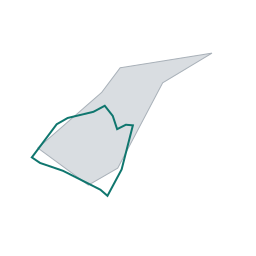 Western highlighted on a map of American Samoa, rotated 345°
{"feature_id": "ASM-5002", "entity_name": "Western", "entity_type": "state/province", "adm_level": 1, "iso_a3": "ASM", "parent_name": "American Samoa", "parent_adm1": "", "projection": "equal_earth", "projection_center": [-170.747, -14.332], "detail": "fine", "context": "in_parent", "style": "outline", "palette": "teal", "viewbox_px": 256, "rotation_deg": 345, "n_neighbors": 0, "source": "natural_earth", "source_scale": "10m", "svg_char_len": 490}
<svg xmlns="http://www.w3.org/2000/svg" viewBox="0 0 256 256"><g transform="rotate(345 128 128)"><path d="M107.7,164.1L74.9,172.9L35.7,124.0L111.8,86.8L136.0,67.8L228.5,77.4L173.2,93.3L107.7,164.1Z" fill="#d9dde1" stroke="#a8b0b8" stroke-width="1"/><path d="M133.4,126.7L111.1,166.4L90.6,188.2L85.4,180.5L54.1,152.5L34.0,139.0L27.5,131.5L60.1,105.9L72.3,102.7L98.8,103.4L111.3,100.5L116.4,112.4L117.2,126.3L126.8,124.3L133.4,126.7Z" fill="none" stroke="#0f766e" stroke-width="2"/></g></svg>